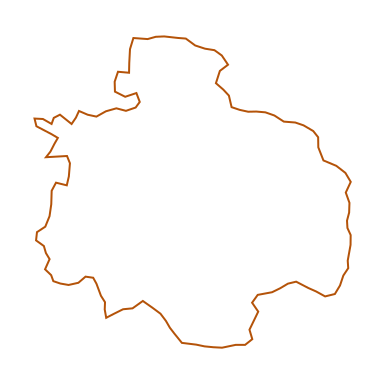 outline of Tuiuti, São Paulo, Brazil, rotated 93°
{"feature_id": "56859067B66015018997927", "entity_name": "Tuiuti", "entity_type": "district", "adm_level": 2, "iso_a3": "BRA", "parent_name": "Brazil", "parent_adm1": "São Paulo", "projection": "robinson", "projection_center": [-46.691, -22.831], "detail": "fine", "context": "isolated", "style": "outline", "palette": "amber", "viewbox_px": 384, "rotation_deg": 93, "n_neighbors": 0, "source": "geoboundaries", "source_scale": "gbopen_adm2", "svg_char_len": 1663}
<svg xmlns="http://www.w3.org/2000/svg" viewBox="0 0 384 384"><g transform="rotate(93 192 192)"><path d="M38.9,236.3L41.6,244.3L41.3,258.6L52.6,261.4L66.5,261.4L76.2,261.1L75.8,272.2L85.9,275.0L95.8,274.2L100.4,263.7L96.1,252.7L104.8,248.9L110.6,252.7L114.4,262.2L112.4,271.9L115.9,282.2L121.7,291.4L120.3,300.2L117.0,309.1L123.8,311.8L130.4,315.8L121.7,327.9L125.2,333.9L131.4,335.8L126.9,344.7L126.9,353.1L134.5,350.8L141.5,335.5L145.0,328.8L151.1,331.9L159.1,335.5L164.9,339.6L163.8,329.6L162.6,318.7L169.7,315.4L182.9,315.8L191.9,317.4L189.8,328.3L198.1,332.2L211.6,331.9L223.6,333.0L234.3,336.7L240.2,344.7L248.5,345.2L253.7,337.1L260.6,334.7L266.5,330.7L276.9,334.7L282.4,328.3L288.3,325.8L290.3,318.7L291.3,310.4L288.6,300.7L282.1,293.9L282.8,286.2L288.6,282.6L300.4,277.5L306.6,273.1L313.9,273.0L322.1,271.1L317.9,263.9L312.7,254.7L311.3,245.3L303.4,235.4L310.0,224.9L315.2,217.1L322.1,211.3L328.7,207.0L334.2,202.3L343.2,194.2L344.2,179.8L345.5,171.4L345.9,162.5L345.9,153.8L342.4,140.5L341.9,131.0L335.8,124.1L326.5,127.4L308.0,119.6L299.4,126.2L291.3,121.0L287.9,106.8L283.5,98.9L278.5,91.4L276.1,83.3L281.7,71.0L284.8,62.9L289.3,53.6L286.4,44.0L277.6,39.3L267.5,36.5L259.9,32.0L252.4,32.9L236.5,30.9L226.7,31.3L219.8,34.9L212.5,35.7L204.3,34.0L194.6,34.2L184.5,38.4L173.6,34.0L164.9,39.8L158.3,49.3L153.6,62.4L140.8,68.2L130.7,68.9L124.8,74.1L119.6,84.1L117.2,92.5L116.9,104.0L111.3,113.7L108.6,122.9L108.3,132.1L108.9,140.1L107.5,148.6L105.2,156.9L93.8,160.2L88.1,166.1L82.1,173.8L69.6,170.5L63.0,162.7L54.1,169.4L49.2,177.0L48.2,186.5L45.5,196.5L39.1,206.2L38.9,214.1L38.1,227.9L38.9,236.3Z" fill="none" stroke="#b45309" stroke-width="2"/></g></svg>